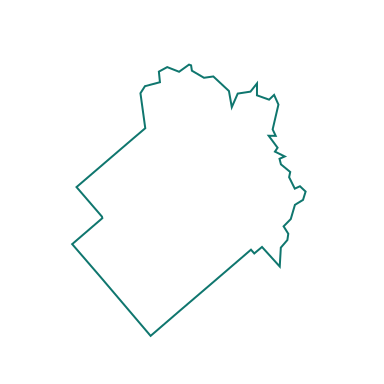 Montgomery, Alabama, United States of America (Robinson projection), rotated 50°
{"feature_id": "52423323B92545989664473", "entity_name": "Montgomery", "entity_type": "district", "adm_level": 2, "iso_a3": "USA", "parent_name": "United States of America", "parent_adm1": "Alabama", "projection": "robinson", "projection_center": [-86.22, 32.233], "detail": "fine", "context": "isolated", "style": "outline", "palette": "teal", "viewbox_px": 384, "rotation_deg": 50, "n_neighbors": 0, "source": "geoboundaries", "source_scale": "gbopen_adm2", "svg_char_len": 815}
<svg xmlns="http://www.w3.org/2000/svg" viewBox="0 0 384 384"><g transform="rotate(50 192 192)"><path d="M112.2,109.4L99.0,114.1L94.4,111.3L92.5,112.4L91.6,124.6L80.4,130.7L78.5,140.0L87.3,146.0L80.7,160.0L83.2,168.0L113.1,186.8L113.2,202.8L113.2,203.3L114.0,277.3L153.0,276.8L154.4,277.5L154.9,317.3L198.5,316.7L275.6,316.2L275.1,277.1L274.7,234.8L274.1,183.9L279.1,183.8L279.1,173.7L305.5,172.7L291.7,159.7L290.1,149.8L285.9,145.1L277.2,143.9L276.2,133.7L268.0,121.4L269.4,112.0L264.7,104.7L257.0,105.6L255.5,111.1L243.1,108.1L239.8,103.9L228.0,106.1L222.8,103.6L224.4,98.1L214.4,102.5L213.1,98.0L198.2,97.1L202.8,91.8L195.9,90.0L180.6,69.6L170.4,66.7L170.8,73.6L159.7,80.1L150.6,72.4L152.7,82.7L146.0,93.7L152.6,107.0L138.4,98.8L117.2,101.4L112.2,109.4Z" fill="none" stroke="#0f766e" stroke-width="2"/></g></svg>